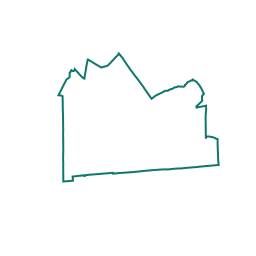 outline of Dragotesti, Dolj, Romania, rotated 328°
{"feature_id": "2599482B56727122450816", "entity_name": "Dragotesti", "entity_type": "district", "adm_level": 2, "iso_a3": "ROU", "parent_name": "Romania", "parent_adm1": "Dolj", "projection": "equal_earth", "projection_center": [24.092, 44.259], "detail": "fine", "context": "isolated", "style": "outline", "palette": "teal", "viewbox_px": 256, "rotation_deg": 328, "n_neighbors": 0, "source": "geoboundaries", "source_scale": "gbopen_adm2", "svg_char_len": 3811}
<svg xmlns="http://www.w3.org/2000/svg" viewBox="0 0 256 256"><g transform="rotate(328 128 128)"><path d="M200.7,145.3L205.4,144.2L207.6,140.2L210.5,139.2L210.7,137.1L210.9,135.7L211.0,134.8L211.1,133.3L211.2,132.4L211.1,128.6L210.7,126.7L210.6,125.9L210.7,125.6L210.6,125.3L210.3,124.6L209.6,123.4L208.6,121.2L207.5,121.7L207.0,121.2L204.3,121.0L203.1,120.7L201.7,121.0L201.2,121.5L199.1,121.6L198.8,122.3L197.9,122.6L196.7,122.3L195.3,121.2L194.1,120.5L192.2,119.0L191.7,119.2L191.1,119.1L190.1,118.9L189.7,118.5L189.1,118.2L188.1,118.3L187.0,118.3L185.8,118.2L184.7,117.6L183.8,117.7L182.8,117.4L181.7,117.5L180.9,117.3L180.3,116.7L179.3,116.1L178.5,116.0L177.0,116.1L168.6,115.2L163.5,115.7L163.4,114.3L163.3,113.2L163.3,112.7L163.2,111.1L163.2,109.5L163.1,108.6L163.0,106.1L162.8,103.5L162.8,101.0L162.4,96.2L162.3,94.4L161.9,89.8L161.8,88.9L161.5,86.8L161.4,84.5L161.0,80.3L160.9,79.4L160.8,76.3L160.6,72.5L160.5,69.1L160.5,66.6L160.2,63.5L159.9,61.4L159.7,59.9L159.3,60.1L158.2,60.8L155.2,61.4L150.1,62.8L146.7,63.7L144.0,64.3L142.5,64.1L141.5,63.7L140.1,63.3L138.6,62.9L137.4,62.5L134.8,57.6L132.3,52.5L131.0,50.0L130.5,49.0L130.3,48.6L130.2,48.6L129.9,48.9L129.4,49.3L129.0,49.8L128.4,50.4L126.7,52.2L125.6,53.4L124.7,54.4L123.4,56.0L122.5,56.9L121.8,57.7L118.7,61.2L117.8,62.1L117.4,62.6L117.3,62.8L117.2,63.0L116.8,62.6L116.5,62.0L116.2,61.1L116.1,60.5L115.8,59.8L115.5,58.0L115.2,56.3L114.9,54.3L114.5,52.3L114.3,51.5L114.2,50.8L114.0,49.8L113.8,50.0L113.4,50.5L113.2,50.7L113.0,50.8L112.7,50.8L112.4,50.9L112.1,50.8L111.8,50.7L111.6,50.6L111.3,50.4L111.2,50.2L111.0,49.9L110.9,49.7L110.8,49.4L110.7,49.2L110.6,48.9L110.4,48.9L110.2,49.1L109.9,49.6L109.5,49.8L109.2,49.8L108.6,50.0L107.9,50.2L107.2,51.2L106.5,52.4L105.3,54.0L103.5,54.2L101.7,54.2L94.7,58.3L92.2,59.9L88.9,61.9L88.2,62.3L87.2,62.9L86.4,63.4L87.9,64.5L88.5,65.1L89.4,66.3L85.8,72.4L83.5,76.1L80.0,82.1L78.3,85.0L76.2,88.4L74.8,90.8L73.6,92.6L72.7,94.2L72.1,95.2L71.5,96.2L70.9,97.0L69.0,100.0L67.6,102.3L66.3,104.6L64.1,108.0L61.0,113.1L59.9,114.8L59.3,115.7L58.7,116.6L57.3,118.7L55.3,122.0L54.6,123.3L53.6,124.9L52.6,126.4L44.8,139.1L46.0,139.7L47.0,140.2L48.5,141.0L48.9,141.3L50.1,141.9L51.6,142.6L53.4,143.5L54.2,142.0L55.0,140.5L55.3,139.8L56.3,140.3L57.0,140.6L58.5,141.4L60.3,142.2L61.9,143.0L63.3,143.7L63.9,143.9L64.5,144.2L65.2,144.6L65.5,144.7L65.4,145.1L65.3,145.4L65.4,145.6L66.0,145.8L66.3,145.7L66.6,145.5L66.8,145.6L67.4,145.8L67.6,145.9L67.8,145.9L68.6,146.3L70.3,147.1L80.3,152.3L82.3,153.3L84.7,154.5L87.3,155.9L89.6,157.0L91.5,158.0L91.1,158.7L91.7,159.1L94.0,160.2L97.9,162.2L101.1,163.9L105.8,166.4L108.7,167.9L109.6,168.4L110.6,168.8L111.2,169.1L111.9,169.5L113.4,170.3L114.3,170.7L116.0,171.5L118.4,172.7L120.1,173.6L121.3,174.1L122.9,175.0L126.2,176.6L127.3,177.2L128.6,177.8L129.5,178.3L129.8,178.5L130.3,178.8L131.9,179.6L132.5,179.9L133.5,180.5L134.5,181.0L135.1,181.3L140.5,184.6L144.3,186.4L148.0,188.3L151.9,190.6L154.9,192.0L157.4,193.3L161.2,195.2L165.1,197.3L168.7,199.0L173.7,201.5L173.9,201.6L178.6,204.0L185.3,207.4L187.4,203.1L190.0,198.7L193.5,192.5L195.3,189.4L196.2,188.0L196.8,187.0L197.8,185.4L198.1,184.8L197.9,184.6L197.7,184.4L197.4,184.2L197.1,183.8L196.9,183.5L196.6,182.9L196.3,182.5L196.1,182.2L195.7,181.6L195.4,181.2L195.0,180.7L194.4,180.2L194.0,179.9L193.9,179.7L193.7,179.5L193.5,179.4L193.4,179.3L193.0,179.0L192.5,178.4L192.0,178.0L190.8,177.3L190.5,177.1L190.1,177.1L189.8,177.1L189.4,177.4L189.0,177.6L188.4,178.2L188.9,177.3L189.3,176.7L189.7,176.2L191.0,173.9L192.1,172.2L192.9,170.7L193.7,169.6L194.4,168.5L195.0,167.5L196.3,165.3L198.2,162.2L198.7,161.3L200.4,158.7L201.0,157.9L201.2,157.5L203.6,154.5L206.0,150.4L204.5,149.9L202.7,149.2L197.0,147.0L197.3,146.0L198.3,145.8L199.0,145.6L199.9,145.5L200.7,145.3Z" fill="none" stroke="#0f766e" stroke-width="2"/></g></svg>